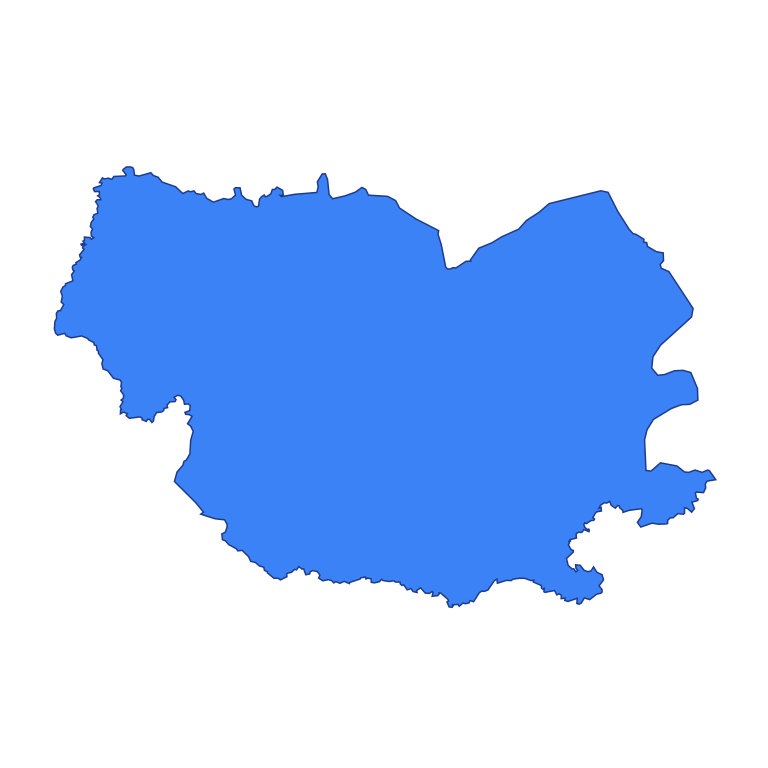 the district of Kita, Kayes, Mali, rotated 87°
{"feature_id": "8926073B18522946307375", "entity_name": "Kita", "entity_type": "district", "adm_level": 2, "iso_a3": "MLI", "parent_name": "Mali", "parent_adm1": "Kayes", "projection": "natural_earth1", "projection_center": [-9.401, 13.202], "detail": "fine", "context": "isolated", "style": "filled", "palette": "blue", "viewbox_px": 768, "rotation_deg": 87, "n_neighbors": 0, "source": "geoboundaries", "source_scale": "gbopen_adm2", "svg_char_len": 6132}
<svg xmlns="http://www.w3.org/2000/svg" viewBox="0 0 768 768"><g transform="rotate(87 384 384)"><path d="M183.9,485.3L188.1,487.0L190.5,490.9L190.8,492.7L189.0,493.7L190.5,496.4L192.9,498.6L199.8,500.0L200.5,502.0L199.3,504.6L194.2,506.5L192.4,512.0L188.0,516.3L180.5,517.5L180.2,522.0L181.4,523.6L187.6,522.4L191.0,526.6L191.6,529.8L190.4,534.3L193.5,544.9L189.2,551.4L183.9,554.1L185.1,556.7L184.1,561.5L181.2,563.7L181.9,567.0L181.0,569.4L183.2,575.0L176.1,581.8L170.7,595.1L165.7,598.7L163.8,603.3L160.8,605.8L163.5,617.7L162.4,622.2L156.7,622.7L154.7,623.7L153.9,626.1L153.8,630.0L156.1,633.3L157.1,633.7L161.5,630.5L162.7,631.3L162.6,642.9L165.4,645.1L164.0,648.5L164.6,652.7L163.4,654.4L168.0,657.6L168.6,655.0L170.9,656.1L173.0,663.6L173.9,664.1L176.7,662.9L176.9,658.3L180.1,658.2L181.1,660.1L182.8,657.8L185.2,657.2L185.0,660.7L186.7,662.5L191.2,660.0L193.8,661.4L198.4,660.8L199.8,664.8L202.3,666.1L204.1,665.2L207.4,668.0L211.3,669.0L213.9,667.0L217.0,668.6L220.9,668.5L222.7,666.2L224.2,668.7L222.4,669.8L221.6,675.5L225.1,675.7L225.6,677.2L227.7,675.6L228.4,679.2L229.6,678.9L229.4,675.0L231.2,677.6L232.4,677.9L233.9,676.5L239.1,681.3L241.4,680.8L241.7,679.5L244.4,681.2L246.7,685.4L248.1,684.9L249.3,688.2L251.2,689.2L253.9,688.7L254.9,687.4L258.5,690.3L264.7,689.3L267.1,696.7L269.1,697.1L270.3,699.5L274.6,702.0L279.4,700.6L285.3,702.1L287.8,699.6L293.8,703.3L293.9,705.7L296.2,707.5L301.3,707.5L304.3,709.3L311.8,710.3L315.9,709.3L318.2,707.3L316.7,700.2L319.2,698.9L321.5,693.9L320.2,683.4L323.0,677.6L324.5,676.7L327.5,671.6L329.8,671.3L330.6,669.2L335.3,668.8L336.0,667.5L338.3,667.6L345.0,663.4L349.0,664.7L354.3,663.7L356.3,659.2L364.1,653.9L366.3,647.2L368.9,646.1L372.9,646.9L374.6,646.0L376.9,647.4L381.2,644.6L384.7,645.1L386.3,647.4L388.0,645.6L392.8,648.8L395.8,647.5L396.0,648.4L400.0,648.8L398.4,645.7L400.2,641.8L402.0,643.2L404.9,640.1L404.1,629.4L405.3,627.5L407.1,627.4L408.9,623.3L407.0,622.0L407.0,620.0L410.3,617.8L409.0,616.2L404.5,615.2L400.6,612.6L400.3,607.5L399.0,605.4L396.8,604.8L396.3,601.3L393.9,601.9L390.6,598.7L390.6,593.5L388.7,592.5L386.4,594.3L384.5,590.9L385.2,587.7L389.7,584.9L393.8,584.3L393.6,580.4L395.6,578.6L400.4,579.5L401.9,584.3L403.9,583.6L404.4,580.1L406.3,577.4L413.4,582.3L416.0,579.3L421.3,577.0L430.1,580.0L443.6,581.5L449.5,585.3L451.0,587.9L454.6,589.1L461.1,595.3L470.4,598.4L492.5,578.3L502.5,571.0L504.4,573.8L509.7,559.9L511.3,550.3L515.9,548.0L519.0,548.3L523.7,550.3L525.2,553.8L531.0,553.5L532.3,550.6L536.4,547.3L540.7,540.2L543.0,538.6L542.7,534.4L549.4,528.2L554.1,526.5L555.5,521.7L559.1,518.1L560.7,513.6L563.8,513.2L565.4,510.3L566.5,510.3L572.3,504.0L572.3,500.2L574.2,497.7L571.3,491.0L568.8,491.2L567.8,489.9L567.3,486.4L564.5,483.0L565.0,481.0L561.9,478.6L564.5,475.5L564.4,473.9L570.4,472.1L569.8,468.2L567.6,467.4L566.6,465.1L567.8,460.4L571.5,458.0L574.4,459.4L577.3,455.5L576.5,449.8L577.5,446.8L580.0,444.5L578.8,442.6L580.7,438.4L579.0,434.1L581.5,429.1L580.3,428.4L577.5,418.1L576.3,417.3L575.8,412.7L577.8,412.2L577.0,410.4L578.0,407.0L581.4,407.1L582.1,404.0L581.2,399.0L578.9,396.6L580.2,395.3L581.5,389.1L581.0,384.7L582.4,382.9L582.6,378.4L584.6,378.2L586.1,376.6L585.6,374.8L590.8,371.6L589.7,367.8L592.8,365.8L593.9,361.9L592.1,362.4L589.5,358.1L595.0,353.7L595.5,349.4L593.7,346.8L594.9,345.9L598.5,347.1L598.2,341.6L597.0,340.1L595.4,340.1L595.8,338.2L602.3,331.6L604.2,330.8L604.9,332.5L610.0,330.7L610.6,327.7L608.8,326.3L608.0,327.9L608.0,321.8L609.9,320.5L606.8,316.5L607.7,314.1L607.0,310.5L604.8,309.5L606.1,305.9L597.4,299.7L595.9,297.2L596.3,294.5L595.2,291.0L586.2,284.1L584.7,281.4L588.9,281.2L586.5,272.0L587.0,267.3L585.7,265.5L585.1,259.2L585.4,253.7L588.0,247.5L587.8,244.6L589.5,245.3L593.5,237.4L596.1,237.4L597.3,236.0L596.6,234.7L599.8,235.2L600.5,234.1L599.2,224.5L603.7,222.4L602.6,220.2L604.3,217.9L607.6,218.3L607.4,214.2L609.6,214.8L610.8,211.6L608.1,202.2L613.2,202.9L614.2,200.8L613.0,198.4L608.1,195.1L610.1,189.9L605.0,182.6L604.4,178.6L603.3,177.1L600.8,177.0L596.8,179.8L591.1,175.0L585.9,176.2L583.1,181.3L577.6,184.3L581.5,187.0L582.1,190.2L580.6,193.8L575.3,197.6L574.6,202.1L577.9,202.0L580.3,200.3L581.7,202.2L578.5,204.1L578.5,205.9L574.8,209.6L567.8,210.9L561.8,203.8L560.1,203.6L559.5,205.6L554.4,208.3L552.4,207.1L550.7,207.6L550.7,206.1L549.2,206.3L547.9,199.9L543.8,200.0L542.3,197.9L542.6,194.2L539.9,192.0L542.2,187.0L540.6,186.6L539.6,187.2L540.0,188.7L537.4,191.1L534.8,191.8L533.1,190.7L534.1,189.3L531.3,184.6L531.1,181.7L529.9,180.8L528.4,182.4L524.2,179.8L522.8,178.3L522.2,173.5L518.5,173.7L519.3,175.7L516.6,174.3L514.2,170.6L514.5,167.5L513.0,164.8L516.9,163.5L520.1,159.5L517.6,157.0L517.9,155.4L519.8,155.3L522.7,152.2L524.7,152.0L523.0,145.8L522.0,133.6L523.2,132.8L530.1,134.1L535.4,138.2L540.3,135.1L537.0,123.7L538.4,117.1L538.5,109.1L538.0,108.0L535.0,107.9L532.6,105.1L532.7,102.3L528.8,97.2L529.7,91.7L528.7,90.6L523.3,90.3L524.1,87.5L528.1,83.5L524.7,80.5L518.1,82.7L516.9,77.0L515.5,76.2L514.4,78.0L509.1,78.7L508.3,77.7L509.2,70.6L504.7,68.2L500.6,68.4L497.9,66.4L496.9,57.7L487.5,63.6L486.9,65.4L488.9,71.0L486.2,77.8L488.2,84.2L487.6,88.5L481.2,95.7L477.2,112.0L485.0,122.0L484.0,126.9L453.3,126.7L443.4,123.7L433.5,116.8L423.6,98.5L420.3,88.3L420.3,79.7L416.5,71.4L404.9,71.2L388.6,77.0L386.0,84.7L386.0,93.3L389.3,103.5L389.6,110.1L382.2,115.8L370.9,114.0L359.6,105.7L333.2,73.4L324.7,71.4L286.7,93.6L282.9,101.1L279.1,101.9L275.5,98.4L267.7,98.3L266.1,105.1L260.5,113.6L256.5,114.3L255.9,117.3L253.1,116.8L247.9,124.3L246.8,127.5L242.3,131.1L223.7,141.6L204.3,150.2L202.4,157.4L212.5,209.6L220.6,220.1L228.1,233.1L236.4,241.4L243.2,258.8L248.6,268.7L253.3,282.2L264.8,291.3L265.8,290.9L265.8,295.7L271.9,306.1L271.4,308.9L272.7,312.1L272.3,314.8L270.3,316.3L247.9,319.5L237.4,322.2L233.7,321.4L221.1,343.1L209.1,359.3L201.4,362.8L196.8,370.6L194.6,389.6L188.8,392.0L186.5,395.7L190.9,402.5L194.1,413.1L196.3,425.6L192.0,428.9L176.7,429.7L171.0,431.7L171.0,434.7L178.6,440.0L183.8,439.4L189.2,441.1L189.9,463.2L191.5,476.7L190.1,477.9L190.4,474.6L185.3,475.1L181.8,480.5L184.0,483.1L183.9,485.3Z" fill="#3b82f6" stroke="#1e3a8a" stroke-width="1.5"/></g></svg>